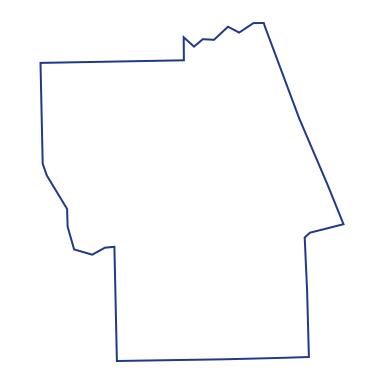 Flagler, Florida, United States of America (Mercator projection)
{"feature_id": "52423323B80488084984098", "entity_name": "Flagler", "entity_type": "district", "adm_level": 2, "iso_a3": "USA", "parent_name": "United States of America", "parent_adm1": "Florida", "projection": "mercator", "projection_center": [-81.314, 29.466], "detail": "fine", "context": "isolated", "style": "outline", "palette": "blue", "viewbox_px": 384, "rotation_deg": 0, "n_neighbors": 0, "source": "geoboundaries", "source_scale": "gbopen_adm2", "svg_char_len": 467}
<svg xmlns="http://www.w3.org/2000/svg" viewBox="0 0 384 384"><path d="M40.5,62.9L42.7,163.8L46.9,175.6L67.1,209.0L67.6,226.6L74.1,249.4L92.2,254.7L104.9,247.7L114.4,246.8L116.9,361.0L223.9,359.3L276.1,358.0L308.9,357.0L307.1,290.6L304.7,237.5L309.9,232.7L343.5,224.2L327.7,185.1L299.2,118.4L264.7,26.0L263.8,23.0L253.4,23.1L239.1,32.6L228.0,26.7L214.0,39.8L202.8,39.2L194.0,46.6L183.7,37.3L183.9,60.3L40.5,62.9Z" fill="none" stroke="#1e3a8a" stroke-width="2"/></svg>